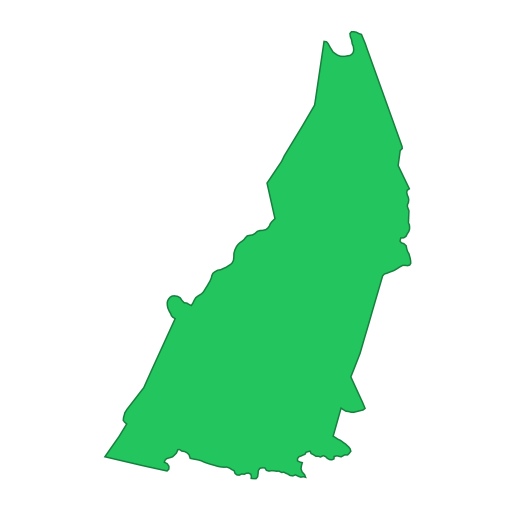 Mirangaba, Bahia, Brazil, rotated 89°
{"feature_id": "56859067B52405127182950", "entity_name": "Mirangaba", "entity_type": "district", "adm_level": 2, "iso_a3": "BRA", "parent_name": "Brazil", "parent_adm1": "Bahia", "projection": "orthographic", "projection_center": [-40.673, -10.821], "detail": "fine", "context": "isolated", "style": "filled", "palette": "green", "viewbox_px": 512, "rotation_deg": 89, "n_neighbors": 0, "source": "geoboundaries", "source_scale": "gbopen_adm2", "svg_char_len": 3656}
<svg xmlns="http://www.w3.org/2000/svg" viewBox="0 0 512 512"><g transform="rotate(89 256 256)"><path d="M410.3,149.6L404.3,152.0L393.4,156.8L381.5,162.0L378.5,163.3L370.9,160.1L355.0,153.6L342.0,149.6L324.5,144.1L313.0,140.6L278.0,129.7L276.2,127.9L275.6,125.6L274.4,122.5L273.6,120.2L272.9,118.2L271.3,115.4L269.5,112.5L267.9,109.4L268.0,106.7L268.3,104.5L267.7,102.5L266.0,101.4L263.4,101.5L260.9,101.9L258.6,102.5L256.6,103.0L254.3,104.3L251.7,105.1L248.4,105.7L246.2,108.0L245.4,110.4L243.6,111.8L240.5,110.9L240.4,108.0L239.0,105.7L236.5,104.4L234.3,102.9L232.2,102.1L230.2,101.9L227.6,102.1L225.6,103.0L213.5,102.3L211.3,103.1L209.1,103.8L207.0,103.6L205.3,102.7L202.5,102.3L200.3,102.6L197.8,103.6L195.1,104.2L192.9,103.7L191.5,101.5L168.1,112.3L153.1,110.0L151.1,107.9L148.9,108.1L51.3,141.2L45.4,143.1L36.3,146.7L35.5,149.0L34.0,151.8L33.5,154.2L33.4,156.6L35.2,158.2L38.6,157.8L41.1,156.8L43.3,156.4L45.5,156.1L48.2,155.0L51.6,154.7L54.1,155.2L55.8,156.5L57.1,158.4L57.5,161.2L57.9,163.5L57.9,166.1L57.7,168.3L56.6,171.0L55.0,173.3L53.4,175.4L51.7,176.4L49.3,177.9L46.9,179.2L44.8,180.3L43.1,181.7L42.6,184.2L102.4,194.1L106.2,194.8L126.6,207.2L156.2,225.9L161.8,228.7L183.3,243.7L219.0,236.4L221.8,239.4L223.9,241.1L226.3,242.1L228.5,243.9L229.8,245.7L230.5,248.7L230.6,251.7L231.4,254.3L233.6,256.8L234.9,259.3L235.2,261.7L235.7,264.4L237.6,266.3L239.4,267.7L241.0,269.7L242.2,271.6L243.8,273.4L246.0,275.2L249.6,277.0L252.9,278.0L257.0,278.2L260.2,278.7L262.4,279.9L263.9,281.4L265.2,283.6L266.7,285.9L268.0,289.1L269.1,291.5L269.6,294.7L271.2,297.6L272.6,299.4L274.6,300.4L277.3,301.1L280.2,302.4L282.8,304.0L284.4,304.9L286.8,306.5L288.7,307.7L291.0,309.2L292.9,311.1L294.1,313.2L295.3,315.2L296.7,317.0L299.5,318.7L302.1,320.0L304.4,321.6L303.1,324.1L301.9,325.9L301.5,328.6L299.2,330.8L296.6,332.4L295.0,335.0L294.4,338.4L294.6,340.6L295.7,342.5L297.2,343.9L299.2,345.1L301.2,345.6L303.8,345.5L306.3,345.1L309.7,343.7L312.4,342.2L314.2,341.6L315.8,340.2L317.2,337.9L367.2,361.8L381.2,368.4L385.7,370.5L407.0,387.6L410.5,389.9L412.4,390.4L415.0,391.2L417.9,391.6L419.8,390.3L421.7,388.2L434.3,396.2L445.5,404.4L454.1,410.6L463.7,372.7L469.4,348.7L467.6,346.9L464.8,346.7L462.1,348.4L460.6,351.3L458.6,350.5L457.1,349.0L456.5,347.1L456.0,345.1L455.3,342.9L453.8,341.2L451.5,338.9L448.3,337.6L448.2,335.7L449.7,333.8L450.3,330.6L451.7,328.2L453.6,326.4L457.2,325.3L458.0,321.5L458.4,319.5L458.9,317.2L459.8,314.3L461.3,311.2L462.5,307.9L463.5,304.9L464.6,301.1L465.7,297.8L466.3,294.6L466.6,292.0L466.5,289.0L467.5,286.3L469.3,283.6L470.3,281.6L473.1,280.7L474.6,278.8L474.8,276.5L473.7,274.1L474.0,271.4L473.1,269.6L472.9,267.3L474.1,265.0L476.4,264.5L478.3,264.7L478.6,261.9L478.6,259.8L476.7,258.2L473.4,257.7L470.5,257.4L468.3,255.8L467.9,253.4L468.0,250.9L470.5,249.3L471.3,246.8L470.9,244.1L471.1,241.6L471.5,239.6L471.5,236.8L472.9,234.1L472.6,231.9L473.7,230.1L474.6,227.9L476.0,225.9L476.5,223.0L475.5,220.4L477.2,217.1L477.9,215.0L477.5,212.3L478.1,210.3L475.6,211.2L472.5,213.8L469.4,214.7L466.5,214.2L463.4,213.3L462.8,215.7L461.5,218.1L459.2,218.0L457.4,216.5L456.7,214.3L455.9,212.6L455.1,210.5L453.1,209.3L452.5,207.2L452.1,205.3L454.4,204.4L455.7,202.0L457.3,199.5L457.3,197.2L458.1,195.0L456.8,192.3L457.8,189.9L459.6,188.2L460.9,185.8L461.1,183.6L460.2,181.6L457.8,181.4L457.2,178.5L458.3,174.4L456.4,170.8L456.5,167.9L455.2,166.5L452.9,164.6L450.6,165.2L448.7,166.5L447.3,168.0L445.6,169.7L444.3,171.6L443.0,173.2L441.8,174.8L440.7,177.2L438.8,179.9L437.5,182.0L409.6,173.6L411.0,171.6L412.7,168.9L413.2,165.8L413.8,163.9L414.0,161.1L411.8,151.6L410.3,149.6Z" fill="#22c55e" stroke="#15803d" stroke-width="1.5"/></g></svg>